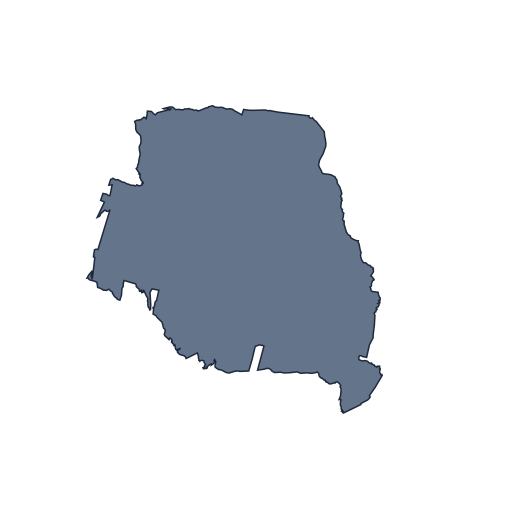 Sapata, Arges, Romania, rotated 316°
{"feature_id": "2599482B9087219169175", "entity_name": "Sapata", "entity_type": "district", "adm_level": 2, "iso_a3": "ROU", "parent_name": "Romania", "parent_adm1": "Arges", "projection": "equal_earth", "projection_center": [24.732, 44.739], "detail": "fine", "context": "isolated", "style": "filled", "palette": "slate", "viewbox_px": 512, "rotation_deg": 316, "n_neighbors": 0, "source": "geoboundaries", "source_scale": "gbopen_adm2", "svg_char_len": 6135}
<svg xmlns="http://www.w3.org/2000/svg" viewBox="0 0 512 512"><g transform="rotate(316 256 256)"><path d="M387.7,218.7L391.4,214.0L392.8,200.9L392.3,199.5L392.6,195.7L391.9,195.8L390.6,194.1L390.9,192.4L391.5,192.0L371.7,167.7L367.0,161.0L365.7,160.0L363.9,157.2L355.1,149.2L351.8,145.8L348.9,142.0L343.9,144.6L341.3,136.2L341.1,134.3L340.0,132.4L336.7,129.7L335.0,125.6L331.4,122.3L329.9,120.2L329.2,117.8L325.5,115.7L324.6,115.9L322.6,114.6L316.2,112.1L314.9,111.1L314.7,109.8L312.5,107.9L312.3,106.9L310.0,103.7L310.2,103.4L308.5,102.3L306.6,100.4L305.4,100.4L303.3,98.3L302.7,97.3L299.8,94.7L299.5,91.0L297.7,89.0L291.7,85.6L292.0,86.4L293.7,87.6L296.8,91.1L295.9,91.3L294.5,90.1L284.5,84.4L281.7,84.6L281.2,82.7L281.2,79.4L278.5,76.3L276.1,78.4L272.4,81.1L272.1,80.2L272.5,79.5L271.8,78.3L267.2,77.8L266.7,76.8L265.7,76.7L264.8,75.7L262.2,74.9L260.9,77.6L257.3,81.6L256.4,84.3L256.6,88.6L256.3,89.6L253.2,93.5L250.8,95.2L247.7,96.4L245.4,99.2L243.6,102.2L238.0,105.9L236.9,107.1L233.6,108.7L232.3,109.9L230.6,109.8L229.7,114.4L229.8,115.2L228.7,115.7L229.5,116.7L228.6,117.0L228.4,117.9L227.0,118.6L226.7,120.4L225.8,122.0L226.1,123.5L225.7,125.2L225.4,125.3L224.5,124.4L223.7,125.8L220.6,124.4L220.0,122.6L219.5,121.9L218.6,122.1L217.7,121.6L217.2,120.3L215.1,118.1L214.4,116.1L213.7,115.2L212.8,113.3L212.5,111.6L211.4,110.4L209.7,105.2L207.7,103.3L207.3,101.1L206.9,100.6L205.9,100.6L204.7,99.9L199.3,102.8L201.9,104.9L192.9,111.1L192.0,110.1L191.5,107.8L189.4,104.7L182.9,108.0L184.5,111.9L168.6,117.9L170.8,118.6L172.0,118.6L173.5,117.7L179.1,118.0L179.4,118.2L179.5,119.8L180.2,120.8L182.1,121.5L183.2,121.3L146.8,141.5L145.7,140.0L144.1,139.4L138.5,143.6L138.6,144.3L139.1,145.0L125.7,156.1L122.5,158.4L122.4,158.0L123.3,157.1L123.3,156.1L125.3,154.6L126.1,154.4L127.1,153.0L122.7,153.4L119.2,154.5L119.6,154.7L119.8,157.7L122.5,162.3L123.3,164.5L122.2,165.8L121.7,166.9L121.1,167.4L120.3,168.5L120.4,168.9L121.7,171.4L122.5,174.6L124.7,177.0L127.1,177.7L127.1,179.9L127.6,182.3L126.9,183.0L126.2,186.0L126.1,188.2L126.5,189.4L126.2,190.1L126.3,191.1L127.4,193.2L132.2,190.6L136.9,186.3L139.5,185.5L141.0,183.9L144.1,182.0L150.0,192.4L149.7,193.7L148.7,194.7L148.6,196.6L149.0,198.1L147.7,200.6L148.0,201.0L149.7,201.0L148.4,203.1L149.8,203.7L150.4,202.6L151.0,202.4L151.3,203.3L149.5,208.1L148.7,211.5L146.6,213.0L145.9,214.5L144.4,215.8L143.0,218.0L143.3,218.5L142.1,221.0L142.9,221.3L146.3,218.1L154.1,209.0L155.1,208.3L158.4,207.5L162.3,213.1L153.5,219.0L152.0,218.8L146.9,222.2L146.2,221.5L145.7,221.9L145.7,222.8L141.6,226.3L142.6,229.0L142.2,232.2L142.4,238.4L139.4,243.7L139.4,245.9L139.1,246.5L135.4,248.8L135.0,250.4L135.4,254.6L135.2,255.0L135.3,255.8L137.2,255.2L137.5,255.5L137.2,256.3L137.4,257.2L136.6,259.2L136.4,259.3L136.0,258.7L135.5,259.2L135.2,261.1L135.8,263.0L134.1,263.3L135.8,263.6L135.8,263.9L134.1,266.1L133.5,267.3L133.4,268.7L135.0,268.8L137.8,269.9L134.7,269.8L133.4,270.0L132.7,270.6L132.6,272.9L133.4,275.3L134.2,276.3L135.1,278.2L135.2,279.4L134.5,281.2L146.5,285.0L144.5,288.8L143.7,289.3L143.0,291.0L142.4,291.3L142.4,292.7L143.1,292.6L144.7,293.5L145.7,295.5L144.6,296.7L144.3,299.2L143.0,299.1L142.2,299.9L140.2,299.5L139.9,300.6L140.4,301.2L141.5,301.4L141.9,302.4L143.1,302.6L143.6,302.3L143.4,301.9L143.6,301.7L146.6,301.9L148.9,302.6L148.9,303.1L148.2,303.5L150.8,304.0L152.9,303.2L153.3,301.9L154.3,301.7L154.0,303.2L153.2,304.5L150.0,306.7L149.4,307.8L150.1,311.5L151.8,313.7L153.8,319.5L155.4,321.5L160.6,324.2L163.0,325.9L164.2,327.8L170.9,333.7L181.8,327.4L192.6,320.5L196.7,322.3L197.2,322.7L197.6,323.9L198.3,324.3L199.2,326.3L177.8,339.2L183.4,343.2L185.4,344.0L185.5,344.4L186.9,345.4L187.7,347.6L187.5,350.2L188.5,352.9L192.7,356.4L195.1,359.8L199.4,363.6L205.1,367.9L206.3,370.8L207.0,371.7L211.9,375.8L213.2,377.6L215.1,379.4L217.2,381.0L219.5,381.9L219.5,384.1L218.2,386.0L217.9,387.0L218.2,389.6L218.7,390.3L218.8,392.6L219.5,393.1L219.4,393.9L218.9,394.5L218.9,395.6L219.7,396.3L219.7,398.0L220.0,399.1L221.8,400.5L225.1,402.0L224.9,402.3L226.5,402.4L227.1,403.1L227.4,406.1L227.0,407.9L225.8,408.3L224.8,410.9L219.7,415.3L216.0,417.0L217.2,417.9L217.2,418.6L215.8,419.3L213.2,421.8L212.5,423.7L211.1,425.1L210.7,426.3L211.2,426.7L211.0,427.2L209.8,427.1L210.5,428.6L209.6,428.8L209.7,429.4L210.3,429.3L210.4,429.9L228.2,435.7L229.1,435.0L236.2,437.1L238.5,437.1L240.2,436.7L240.6,435.2L250.7,433.2L263.8,429.6L264.2,428.6L263.3,428.3L264.1,425.7L264.8,424.8L266.6,423.8L266.5,423.1L267.1,423.2L267.7,421.6L268.4,421.2L267.0,419.7L265.7,419.9L265.6,418.8L264.8,417.7L265.3,416.8L265.0,416.7L264.7,414.9L264.1,414.1L264.2,413.7L264.8,413.4L264.7,413.1L263.8,412.7L263.4,412.0L263.1,411.2L263.1,409.2L261.7,406.8L259.7,405.5L259.3,404.8L258.1,402.2L258.6,401.2L260.5,399.8L261.3,399.7L262.5,401.0L263.0,402.9L263.8,403.5L265.1,405.8L275.9,398.7L283.5,396.1L285.7,393.9L293.2,387.9L300.1,381.5L301.5,379.1L302.3,378.9L303.2,379.4L304.8,378.5L306.2,378.4L305.9,377.4L306.5,376.8L307.6,376.9L308.4,377.4L310.5,376.7L311.2,376.1L310.8,374.9L312.7,375.7L313.2,375.2L312.9,374.1L313.3,373.2L314.4,374.0L316.1,372.7L316.4,371.0L317.6,368.1L318.5,367.3L318.5,366.6L315.6,363.2L314.6,361.3L316.1,358.8L316.3,357.6L318.1,357.8L320.0,356.0L322.6,354.8L324.1,355.2L324.6,355.0L324.8,354.7L324.5,353.8L325.1,352.3L324.7,350.0L329.4,349.0L331.0,347.4L331.1,346.8L331.7,346.6L332.0,345.7L331.1,343.2L331.5,342.7L331.4,341.9L330.5,340.5L330.3,337.8L329.8,336.5L328.8,335.8L328.8,334.2L329.3,332.3L330.8,329.2L332.7,327.1L333.8,326.8L335.1,324.1L338.3,319.2L339.5,316.2L340.1,316.0L339.0,314.8L337.7,311.8L336.8,308.5L337.8,307.2L337.1,304.5L337.7,301.5L341.3,294.5L343.7,292.1L343.2,290.7L344.0,289.6L346.4,288.2L348.0,286.6L348.9,286.3L348.8,284.7L349.5,283.1L350.5,282.6L350.4,281.2L351.1,279.5L354.1,277.2L354.4,276.6L356.8,275.7L356.8,274.3L357.8,274.1L358.4,271.6L360.7,271.0L361.5,270.1L364.2,264.6L365.0,260.3L367.1,257.3L367.2,255.6L367.8,254.2L366.5,249.9L364.5,247.0L362.3,244.6L361.3,242.6L361.4,241.5L362.1,240.5L363.2,236.3L364.3,233.9L368.4,231.2L375.2,229.1L382.1,225.7L384.3,223.8L387.5,219.5L387.7,218.7Z" fill="#64748b" stroke="#1e293b" stroke-width="1.5"/></g></svg>